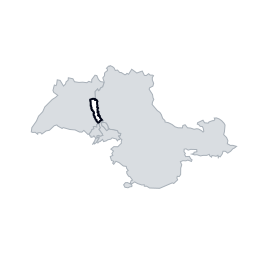 map of Nepal with India, Bangladesh, Bhutan and China greyed out, rotated 52°
{"feature_id": "NPL", "entity_name": "Nepal", "entity_type": "country or territory", "adm_level": 0, "iso_a3": "NPL", "parent_name": "Asia", "parent_adm1": "", "projection": "albers", "projection_center": [84.322, 28.374], "detail": "coarse", "context": "with_neighbors", "style": "outline", "palette": "ink", "viewbox_px": 256, "rotation_deg": 52, "n_neighbors": 4, "source": "natural_earth", "source_scale": "50m", "svg_char_len": 5272}
<svg xmlns="http://www.w3.org/2000/svg" viewBox="0 0 256 256"><g transform="rotate(52 128 128)"><path d="M131.7,140.5L132.1,141.7L131.2,142.4L131.6,144.3L129.5,144.0L126.0,146.6L126.2,148.4L124.8,151.3L124.8,152.8L123.7,155.6L121.3,155.1L121.5,158.4L120.9,159.6L121.3,160.9L119.9,161.8L117.9,156.8L117.1,156.8L116.8,158.9L115.0,157.3L115.8,155.5L117.1,155.2L118.3,152.4L116.6,151.9L111.0,151.8L110.7,149.6L109.3,149.5L106.9,148.2L106.0,150.4L108.1,152.0L106.3,153.3L105.7,154.5L107.6,155.3L107.1,157.3L108.3,159.7L108.8,162.3L108.5,163.5L102.7,164.3L102.9,166.8L101.3,168.7L96.9,170.9L93.4,174.7L87.8,178.8L87.8,180.2L83.3,182.1L81.8,182.2L80.8,184.6L81.4,191.3L79.9,194.3L79.7,199.6L77.9,199.7L76.3,202.0L77.3,203.0L74.2,203.8L72.9,205.8L71.5,206.6L68.5,203.5L66.2,195.9L63.6,191.2L62.7,185.2L60.2,180.6L58.9,170.1L59.3,166.2L59.0,163.2L54.3,164.6L52.2,164.0L48.8,159.6L50.3,158.6L49.6,157.3L46.5,154.1L48.7,152.2L55.2,153.0L54.9,150.2L53.5,148.3L53.5,145.8L51.7,144.1L55.3,141.1L58.6,141.7L61.9,138.6L64.0,135.5L67.0,132.5L67.1,130.2L69.6,128.5L67.5,126.7L66.1,121.5L67.5,120.3L71.5,121.4L74.5,121.1L77.3,118.5L80.0,122.5L79.6,125.1L80.6,126.8L80.4,128.4L78.5,127.9L79.1,131.5L85.5,136.1L83.7,137.5L82.5,140.5L91.6,145.4L95.6,145.8L97.3,147.5L103.0,148.4L105.5,148.3L105.5,143.5L107.2,142.8L107.6,146.0L110.3,147.1L112.1,146.5L116.9,146.4L117.0,144.4L115.8,143.4L118.1,142.9L120.5,140.3L123.6,137.9L126.0,138.5L127.9,137.0L129.4,138.8L128.6,140.3L131.7,140.5Z" fill="#d9dde1" stroke="#a8b0b8" stroke-width="1"/><path d="M119.9,161.8L120.0,164.1L118.9,163.7L119.2,166.3L117.3,161.5L115.9,159.7L113.2,159.7L113.5,161.0L112.6,162.9L111.3,162.3L110.9,162.9L108.8,162.3L108.3,159.7L107.1,157.3L107.6,155.3L105.7,154.5L106.3,153.3L108.1,152.0L106.0,150.4L106.9,148.2L109.3,149.5L110.7,149.6L111.0,151.8L116.6,151.9L118.3,152.4L117.1,155.2L115.8,155.5L115.0,157.3L116.8,158.9L117.1,156.8L117.9,156.8L119.9,161.8Z" fill="#d9dde1" stroke="#a8b0b8" stroke-width="1"/><path d="M114.5,142.6L117.0,144.4L116.9,146.4L112.1,146.5L110.3,147.1L107.6,146.0L107.5,145.4L109.4,142.9L110.9,142.0L114.5,142.6Z" fill="#d9dde1" stroke="#a8b0b8" stroke-width="1"/><path d="M172.8,166.9L170.1,166.4L169.5,163.7L170.7,162.0L173.8,160.4L175.5,160.1L176.5,161.1L175.5,162.8L175.1,164.8L172.8,166.9ZM84.5,97.0L84.3,95.2L86.0,94.4L84.0,88.9L90.1,87.2L91.9,81.7L96.6,82.7L97.9,81.3L97.9,78.3L99.9,78.0L101.6,76.0L102.5,75.7L103.2,77.8L105.2,79.3L108.6,80.3L110.3,82.6L109.6,86.3L110.5,87.5L116.7,88.1L119.8,89.8L121.3,90.0L122.7,92.8L124.3,94.5L132.2,94.2L135.4,93.3L137.9,93.5L141.8,94.8L144.8,94.3L146.1,95.1L148.7,92.9L152.4,91.1L156.0,90.2L158.6,88.5L161.4,85.1L159.8,83.2L160.6,81.0L164.5,81.0L166.5,78.8L169.7,76.7L170.9,74.3L172.3,73.0L175.5,71.7L177.4,71.4L177.3,70.3L174.6,68.9L172.6,68.5L171.1,70.1L168.8,70.2L167.6,71.0L166.7,69.9L168.0,64.1L171.0,64.5L173.5,61.8L173.1,60.5L174.2,57.0L175.1,55.7L174.6,54.2L173.3,53.9L174.6,52.0L177.0,50.6L179.8,49.7L183.2,49.4L185.4,49.7L190.3,54.3L192.1,56.7L196.2,56.2L199.5,57.1L201.5,59.4L204.8,58.0L206.2,56.1L209.3,53.8L209.3,56.7L208.9,58.1L209.5,61.5L209.2,64.9L206.3,65.6L204.8,67.4L206.4,69.6L207.5,73.1L206.3,73.7L206.9,75.1L204.8,74.0L204.5,76.0L201.4,78.7L202.4,80.1L200.3,80.7L198.8,80.2L198.0,82.9L195.9,85.5L194.6,88.1L191.5,90.1L190.2,92.1L187.8,93.8L188.7,91.9L187.8,90.9L189.1,88.3L187.3,87.1L183.4,91.8L182.5,94.2L180.1,95.1L179.3,96.8L181.2,98.5L183.4,98.5L183.9,99.8L186.1,100.1L188.2,97.1L190.8,97.6L192.5,97.1L193.4,98.6L190.1,100.6L189.5,102.6L187.5,104.9L186.8,107.5L190.1,108.3L192.0,111.1L197.1,115.2L197.8,117.5L196.4,118.9L197.5,120.3L199.4,120.8L199.9,126.1L198.5,126.9L195.0,140.2L188.6,147.9L185.4,149.1L183.9,151.0L182.7,150.2L181.4,152.2L177.6,154.7L174.6,155.9L174.3,159.5L172.7,160.0L171.4,157.9L171.9,156.5L167.7,156.4L166.3,157.2L163.2,156.9L161.5,155.9L161.6,154.0L158.8,153.9L157.2,153.0L155.0,155.1L149.8,156.3L146.8,158.0L147.8,161.6L146.2,161.7L145.5,159.7L143.4,161.0L139.6,159.6L140.2,156.8L138.2,156.5L137.2,153.6L134.1,154.5L134.0,150.6L136.5,147.6L135.9,142.5L134.6,141.8L133.4,140.0L131.7,140.5L128.6,140.3L129.4,138.8L127.9,137.0L126.0,138.5L123.6,137.9L120.5,140.3L118.1,142.9L115.8,143.4L114.5,142.6L110.9,142.0L109.4,142.9L107.5,145.4L107.2,142.8L105.5,143.5L98.9,142.6L96.5,141.2L94.3,140.6L93.4,139.0L91.8,138.5L89.0,136.4L86.7,135.3L85.5,136.1L79.1,131.5L78.5,127.9L80.4,128.4L80.6,126.8L79.6,125.1L80.0,122.5L77.3,118.5L73.0,117.0L72.4,114.4L70.5,112.8L70.1,111.9L70.1,108.8L68.6,107.9L67.7,108.2L67.3,105.2L68.1,104.5L67.8,103.7L70.3,102.4L72.1,102.0L74.8,102.6L75.9,100.6L79.1,100.4L80.1,99.2L84.1,97.7L84.5,97.0Z" fill="#d9dde1" stroke="#a8b0b8" stroke-width="1"/><path d="M105.5,143.6L105.2,146.0L105.7,147.0L105.4,148.3L103.2,148.5L102.4,147.9L101.5,148.3L99.5,147.7L98.9,147.8L98.4,147.1L97.1,147.3L95.6,146.4L95.4,145.6L93.9,145.0L93.1,145.3L92.0,145.0L91.6,145.4L90.0,144.9L89.8,144.3L89.2,144.3L87.9,143.5L87.5,143.7L85.5,142.1L83.9,141.0L83.4,141.1L82.4,140.3L83.2,138.0L84.1,136.8L85.0,136.1L85.7,136.6L86.4,135.6L87.6,135.6L88.2,135.7L88.7,136.6L90.4,137.8L91.3,138.1L92.5,139.5L93.5,139.2L93.9,139.3L94.3,140.4L95.9,141.5L97.0,141.4L96.9,142.3L98.5,142.4L99.4,143.6L99.8,142.9L100.6,143.5L101.1,142.9L102.7,143.7L105.5,143.6Z" fill="none" stroke="#020617" stroke-width="2"/></g></svg>